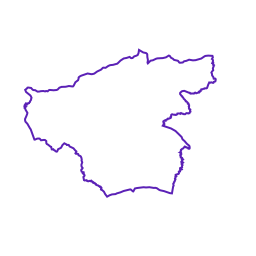 Na Yung, Udon Thani, Thailand (Natural Earth projection), rotated 77°
{"feature_id": "78962969B67652065328847", "entity_name": "Na Yung", "entity_type": "district", "adm_level": 2, "iso_a3": "THA", "parent_name": "Thailand", "parent_adm1": "Udon Thani", "projection": "natural_earth1", "projection_center": [102.174, 17.939], "detail": "fine", "context": "isolated", "style": "outline", "palette": "violet", "viewbox_px": 256, "rotation_deg": 77, "n_neighbors": 0, "source": "geoboundaries", "source_scale": "gbopen_adm2", "svg_char_len": 5712}
<svg xmlns="http://www.w3.org/2000/svg" viewBox="0 0 256 256"><g transform="rotate(77 128 128)"><path d="M201.6,99.9L195.0,97.1L194.5,96.5L192.6,96.5L192.1,95.8L191.2,95.5L190.7,94.6L190.3,94.6L189.0,93.5L188.7,93.6L188.5,93.3L187.9,93.3L187.7,93.5L186.7,92.7L186.3,92.8L186.0,92.1L185.7,92.4L184.4,92.2L184.2,91.6L184.4,91.0L184.1,90.5L184.1,89.1L183.7,88.6L181.9,88.3L181.7,87.6L181.9,87.0L180.6,86.6L180.5,85.8L180.2,86.1L179.9,85.9L179.5,86.5L178.9,86.3L178.7,85.8L179.0,85.3L178.7,85.4L178.7,85.0L178.4,84.1L177.1,84.0L176.4,83.2L175.4,83.8L174.5,82.7L174.4,83.3L173.7,82.8L173.5,83.4L173.0,83.0L172.7,83.4L171.7,82.4L171.4,82.5L171.1,81.6L170.7,81.9L170.3,81.8L170.0,82.4L169.8,82.3L169.7,81.9L169.3,82.0L169.1,82.6L168.6,83.2L168.1,82.9L166.8,83.3L166.4,82.7L165.9,82.9L165.5,82.1L164.8,82.4L164.6,82.1L164.3,82.4L163.8,82.0L163.5,82.5L163.4,82.0L163.0,81.6L162.9,81.2L162.9,81.7L162.4,81.9L161.9,81.3L161.2,81.3L160.5,79.9L160.3,78.8L158.9,77.0L159.3,76.6L159.2,76.2L159.5,75.9L160.0,75.7L160.1,75.2L160.5,74.9L160.6,74.3L160.9,74.0L161.6,73.9L162.0,73.2L161.8,72.6L160.5,72.2L159.1,72.3L156.6,74.2L153.5,75.8L151.3,77.4L148.8,77.8L141.6,82.4L138.1,86.2L133.6,93.6L133.3,93.3L133.6,92.5L132.8,91.8L132.1,91.7L132.2,92.1L131.9,92.3L131.1,91.7L130.5,92.1L130.2,92.0L129.9,92.2L129.5,92.1L128.9,90.7L129.4,89.7L128.7,89.4L128.5,87.6L128.1,87.6L127.8,87.1L128.1,85.5L127.7,84.7L127.9,84.6L127.9,84.3L127.5,83.9L126.8,84.0L126.6,83.4L126.1,83.4L124.9,82.9L124.6,82.3L124.6,81.8L125.2,80.8L125.5,79.5L125.8,79.3L126.0,78.5L125.8,78.1L126.0,77.7L125.7,77.0L125.0,76.6L125.4,74.6L125.9,74.0L125.5,73.7L125.3,73.0L126.2,72.1L126.3,71.4L126.9,71.0L127.3,69.7L127.4,69.1L126.9,68.4L126.7,67.3L127.4,66.1L127.2,65.8L127.4,64.8L126.5,64.2L126.2,63.5L125.9,63.4L125.2,63.7L124.0,63.1L123.7,63.3L123.4,64.0L122.3,64.2L121.0,63.7L120.5,63.9L120.2,63.5L119.5,63.3L118.8,63.6L118.5,63.5L117.9,64.1L117.5,63.8L117.0,64.3L116.6,64.2L115.4,65.0L115.1,65.6L114.7,65.5L114.3,65.9L113.5,66.1L111.9,67.2L110.7,67.4L110.1,68.0L109.2,68.1L108.8,68.6L106.5,69.6L105.4,69.2L104.4,67.4L104.3,66.1L104.5,64.7L107.4,60.6L107.5,60.0L108.2,59.7L108.2,59.3L108.7,59.0L108.7,58.0L109.3,56.0L108.7,55.3L108.7,54.4L109.5,53.8L109.3,51.7L109.5,50.8L109.1,50.2L108.5,50.4L108.3,48.9L107.7,48.9L107.3,48.1L106.8,47.8L107.1,46.9L106.7,45.6L106.9,44.7L106.6,44.2L107.0,42.6L106.8,42.0L103.7,40.0L101.9,38.6L102.4,37.8L102.2,37.0L102.3,36.4L102.9,35.6L103.2,34.8L103.1,34.5L102.4,34.1L102.2,32.4L100.8,31.7L100.0,31.6L99.5,31.9L99.2,33.4L97.6,33.4L95.7,34.2L94.1,34.0L92.8,34.3L91.9,33.5L90.9,32.0L89.0,31.9L87.8,31.2L87.4,30.7L86.5,30.6L86.2,30.2L85.6,30.8L85.2,30.4L84.3,30.6L83.8,31.4L83.5,31.2L83.1,30.2L82.1,30.4L81.4,30.0L80.3,30.1L79.6,30.7L78.2,29.4L76.7,29.5L75.5,33.6L75.2,36.2L75.3,37.1L76.8,41.0L77.1,46.9L76.7,49.5L75.2,53.1L75.7,56.1L75.6,58.3L76.5,59.9L76.1,62.8L75.6,63.4L73.9,64.1L73.6,64.5L72.0,67.8L70.6,68.7L69.2,70.3L67.2,71.1L66.6,71.9L67.7,75.2L67.7,78.4L66.8,83.5L66.8,84.9L67.6,88.5L67.5,90.9L69.5,94.1L68.8,94.3L66.3,93.3L63.2,93.2L60.7,92.7L60.0,92.8L59.0,93.6L57.8,96.2L54.4,99.7L57.4,100.9L59.1,102.2L59.5,104.0L59.6,105.8L60.8,107.8L60.7,109.0L60.4,109.5L59.1,110.4L59.4,113.6L59.3,116.6L60.6,120.1L62.9,123.9L63.1,128.4L62.8,130.7L62.8,131.7L63.1,133.2L64.3,136.3L63.7,138.3L63.7,138.9L65.1,141.2L66.0,145.3L67.4,148.6L67.5,150.2L67.3,151.7L65.8,155.1L66.5,161.8L66.9,163.3L67.4,164.4L67.8,164.8L68.7,165.0L70.2,165.9L71.6,169.0L74.4,171.3L75.1,172.2L75.0,172.9L73.8,176.1L73.8,179.4L73.0,183.5L73.3,185.8L74.7,187.9L74.9,189.0L74.5,192.0L73.3,195.7L73.4,196.7L74.2,198.0L73.5,199.5L73.7,200.5L72.9,202.2L72.5,204.7L72.5,206.3L72.2,208.0L70.3,209.9L69.7,211.8L68.9,212.5L67.2,213.4L66.1,216.2L66.1,216.9L66.7,217.5L67.7,219.6L70.0,219.2L74.2,215.9L75.2,215.5L76.9,215.2L77.7,215.8L78.7,216.1L80.0,217.5L80.5,217.6L81.1,218.6L81.5,218.8L81.4,219.8L81.9,220.2L82.0,220.7L81.5,220.9L81.5,221.3L81.3,221.4L81.0,221.9L82.2,223.2L82.6,222.8L83.3,223.5L83.5,223.2L83.6,224.1L84.7,224.1L84.6,223.6L84.8,223.8L84.9,223.5L85.4,224.1L85.9,223.8L87.2,223.7L90.6,222.6L91.5,223.0L93.6,224.4L96.1,226.3L97.8,226.6L99.0,226.4L101.2,225.1L106.2,223.6L107.4,223.1L118.2,221.8L118.4,221.4L117.9,218.8L118.3,216.9L118.6,216.4L120.4,215.5L120.7,212.5L121.1,211.5L122.3,210.6L124.5,211.0L125.3,210.7L126.3,209.6L128.9,207.6L129.1,207.1L131.7,207.1L131.9,206.8L131.9,205.5L132.9,205.1L133.3,204.4L134.3,203.9L134.9,203.1L135.0,202.8L134.9,202.3L132.9,200.8L132.5,198.8L132.1,197.6L129.9,195.7L128.6,193.5L130.2,191.6L130.8,191.4L131.0,190.0L131.3,189.5L132.8,189.1L135.5,185.7L137.9,184.5L139.2,183.6L140.9,184.9L141.5,184.4L141.5,183.4L142.2,182.4L143.5,182.3L144.5,180.9L145.1,180.4L146.7,180.1L148.5,180.2L149.3,180.6L151.1,180.3L153.4,181.7L154.1,181.8L155.2,181.9L156.8,181.2L157.5,181.8L157.8,182.5L158.5,183.1L160.1,183.0L160.9,182.2L161.1,181.2L161.9,181.2L162.2,182.1L164.0,181.0L164.5,181.0L165.1,181.5L165.7,182.5L168.9,182.6L169.4,182.0L169.5,180.2L169.9,179.8L170.4,179.8L171.0,178.8L170.8,177.6L171.4,176.5L171.1,176.3L171.0,175.6L171.4,175.3L172.0,175.4L172.3,174.8L173.3,174.5L173.6,174.2L173.3,173.9L173.5,173.8L173.9,173.0L174.5,172.8L174.7,172.4L175.3,172.3L175.4,171.9L176.0,172.0L176.9,170.9L177.0,170.3L178.1,169.5L178.4,169.0L179.1,168.7L179.2,168.3L178.8,168.2L179.1,167.8L179.6,167.8L180.5,167.3L181.0,167.9L181.8,168.2L182.3,167.8L182.6,167.2L184.6,165.8L187.3,165.1L190.2,163.8L189.4,161.1L189.1,158.5L189.6,155.0L189.2,153.7L189.0,149.9L188.4,146.4L188.3,139.8L188.5,139.2L190.9,137.4L191.0,137.1L188.5,134.9L188.5,132.9L189.2,126.2L190.0,123.8L190.5,120.5L192.2,116.3L192.4,114.9L193.1,113.5L195.3,111.5L196.0,110.5L197.6,107.1L200.9,101.8L201.6,99.9Z" fill="none" stroke="#5b21b6" stroke-width="2"/></g></svg>